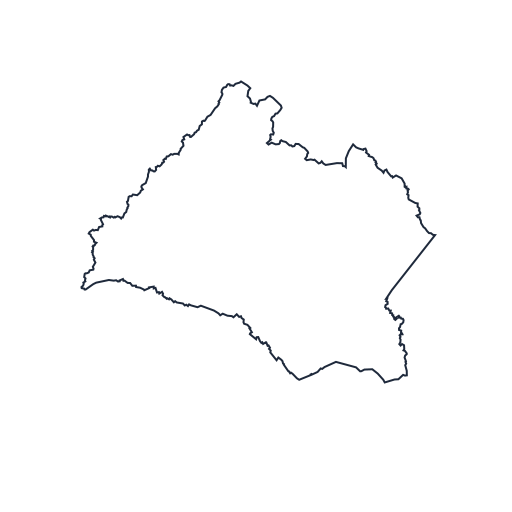 Banphot Phisai, Nakhon Sawan, Thailand (Albers equal-area conic projection), rotated 247°
{"feature_id": "78962969B36758461093431", "entity_name": "Banphot Phisai", "entity_type": "district", "adm_level": 2, "iso_a3": "THA", "parent_name": "Thailand", "parent_adm1": "Nakhon Sawan", "projection": "albers", "projection_center": [100.023, 16.015], "detail": "fine", "context": "isolated", "style": "outline", "palette": "slate", "viewbox_px": 512, "rotation_deg": 247, "n_neighbors": 0, "source": "geoboundaries", "source_scale": "gbopen_adm2", "svg_char_len": 6137}
<svg xmlns="http://www.w3.org/2000/svg" viewBox="0 0 512 512"><g transform="rotate(247 256 256)"><path d="M377.9,192.4L377.4,191.1L375.3,190.3L373.2,188.4L371.3,187.6L366.2,183.0L365.7,178.9L364.9,177.7L363.7,177.4L361.5,177.9L361.1,175.5L359.7,174.2L358.4,170.4L360.7,166.7L359.6,164.8L360.4,163.2L360.2,161.9L356.7,159.6L356.3,158.4L354.0,158.1L353.1,158.6L351.8,158.0L350.8,156.5L350.2,156.5L349.3,155.2L347.2,153.7L346.6,151.5L343.5,148.5L343.9,147.5L343.2,146.5L345.0,145.8L346.7,144.1L346.5,141.6L347.2,141.3L346.9,140.1L348.5,138.9L349.1,137.9L348.5,136.8L349.6,136.5L349.5,135.7L350.5,135.0L351.1,133.5L351.6,133.8L352.0,133.4L351.6,132.5L352.3,131.7L351.2,130.7L351.7,129.2L351.4,127.2L350.7,127.8L349.8,127.3L344.9,127.6L344.4,126.5L343.3,126.1L344.0,122.9L341.6,120.5L342.6,118.7L342.7,116.8L344.0,116.1L343.0,112.0L342.0,110.8L340.2,112.2L339.0,111.8L333.9,113.1L332.5,112.4L330.5,114.3L329.7,112.3L329.1,112.0L328.7,110.8L329.2,110.3L328.6,109.3L327.7,109.5L325.2,108.4L324.7,107.2L323.7,107.5L323.4,106.6L322.7,106.9L321.0,106.2L319.0,106.4L318.4,106.0L317.0,106.6L316.0,105.3L312.7,105.6L309.8,101.6L307.8,101.5L307.0,100.9L307.8,97.3L306.2,95.6L306.2,93.4L306.7,92.2L306.4,91.3L303.7,89.6L302.0,90.3L300.4,89.0L299.3,89.0L299.0,86.7L297.8,86.6L296.3,85.3L295.6,83.2L294.5,83.0L293.1,85.1L292.1,85.1L291.7,86.0L293.7,95.2L293.9,98.5L291.4,111.2L288.9,115.4L288.3,117.8L286.4,119.0L286.0,120.6L286.8,120.8L286.8,124.5L285.0,124.3L284.8,125.3L281.4,127.3L280.3,129.6L276.9,130.5L275.6,133.9L274.3,133.5L272.1,136.9L268.9,139.7L268.1,139.8L268.2,145.2L268.9,145.3L267.8,149.9L266.1,149.2L265.9,151.0L261.1,150.6L260.7,152.5L259.2,152.3L259.7,155.5L257.6,155.7L256.3,154.6L253.9,155.6L253.7,156.1L251.6,157.1L251.9,157.6L250.1,159.0L250.8,159.9L249.1,161.1L245.5,162.3L246.0,163.9L244.2,164.9L240.8,170.2L238.3,171.1L238.4,172.8L236.5,173.8L237.6,175.5L236.0,176.8L231.7,182.2L231.8,185.8L222.2,196.0L217.8,199.1L215.4,199.9L215.9,202.8L212.2,206.4L210.1,210.3L208.4,211.3L209.9,215.5L206.5,216.7L206.4,218.6L204.5,218.5L202.3,219.9L199.9,218.6L198.3,218.6L196.0,221.2L192.1,222.6L192.0,221.7L187.4,222.4L187.1,220.4L186.5,219.8L179.3,223.6L181.0,224.9L180.5,226.4L176.1,226.4L173.9,227.0L174.1,228.1L172.3,228.2L172.7,231.1L172.2,231.1L172.2,231.7L168.8,231.6L168.8,232.6L166.1,233.0L165.4,231.7L163.2,232.6L161.7,231.5L152.0,234.2L153.8,236.9L150.5,238.8L148.8,239.3L146.7,238.9L145.5,239.5L145.1,239.1L137.4,240.7L137.1,241.2L134.7,241.6L135.0,242.6L133.4,243.6L127.4,245.9L125.2,247.4L125.0,259.9L125.6,260.0L125.7,261.0L125.0,261.2L125.1,264.5L125.2,267.4L127.2,271.6L126.2,272.8L127.0,275.7L127.3,288.2L114.4,304.6L109.2,306.8L108.8,307.9L109.1,311.4L106.3,318.8L100.2,322.1L92.4,324.8L89.3,325.1L88.2,335.3L86.9,338.9L89.1,345.0L87.7,346.4L87.2,348.2L91.4,349.9L97.2,350.7L98.3,352.2L100.1,352.2L100.4,352.9L104.5,353.1L106.1,354.4L106.7,356.3L107.5,356.7L110.5,356.0L111.5,354.9L112.4,356.1L116.0,357.4L117.9,356.0L117.1,354.1L118.9,353.5L120.1,355.1L122.5,356.4L124.2,356.3L125.1,357.4L126.9,357.2L127.3,358.1L126.7,360.2L127.8,360.2L128.5,359.4L130.6,360.5L132.0,358.8L133.6,359.4L134.3,360.8L136.7,362.5L136.5,363.6L137.4,365.6L139.3,366.8L140.8,366.7L141.6,365.2L142.7,365.2L143.4,363.5L144.5,364.3L145.2,364.1L144.6,360.5L144.1,360.2L143.3,360.9L142.7,359.3L144.0,358.6L146.0,359.2L146.7,358.6L147.8,359.2L148.4,358.3L150.0,358.9L151.2,357.2L153.1,358.7L153.7,357.4L156.0,357.2L156.6,355.2L157.7,355.4L158.5,354.9L160.1,356.0L160.5,358.5L162.4,359.2L163.5,358.2L165.5,360.1L165.8,359.1L171.5,367.7L205.3,429.0L206.4,427.1L208.6,426.0L209.5,424.2L212.1,423.2L215.4,422.5L217.1,421.5L221.8,420.8L224.5,421.6L225.3,421.2L227.8,421.6L228.3,420.2L230.4,419.6L230.4,423.0L231.4,424.1L234.5,423.9L234.7,424.4L236.1,425.0L238.3,424.0L241.2,425.4L242.6,423.3L248.4,418.7L250.1,418.9L252.4,420.2L253.7,419.3L255.4,420.9L256.8,421.0L257.7,422.6L258.5,422.3L259.1,421.0L260.7,421.5L260.5,420.5L261.6,419.9L262.0,420.7L263.0,420.4L264.6,421.1L270.6,420.4L275.4,416.4L274.8,412.5L276.3,412.5L276.6,411.5L281.9,409.9L284.6,409.8L284.5,407.7L282.8,405.9L285.5,405.1L289.7,402.4L293.4,401.9L293.8,403.1L295.3,402.6L295.6,403.3L297.2,403.2L297.9,402.3L300.1,402.4L301.5,401.7L304.0,398.8L305.0,399.6L308.3,397.7L309.3,398.8L312.1,398.7L312.4,396.8L311.8,396.2L315.0,392.4L316.9,390.6L320.8,389.0L316.3,382.4L310.8,376.9L302.8,373.4L303.9,372.9L304.8,371.2L307.7,371.6L309.9,366.7L312.6,355.7L314.9,354.1L317.5,353.5L316.6,351.7L316.7,349.9L321.8,347.5L321.8,346.6L323.5,344.1L324.4,340.1L326.3,339.2L327.8,341.8L329.8,343.0L330.5,344.3L332.0,344.4L336.7,342.7L337.8,341.5L342.4,339.0L343.7,336.3L342.2,334.2L342.6,332.3L344.1,331.7L344.7,330.1L349.3,328.0L351.5,325.1L352.7,324.5L352.4,323.3L350.6,322.0L350.1,320.8L351.1,317.7L354.2,314.7L353.7,311.1L355.7,310.2L357.3,315.1L358.0,314.6L359.9,316.0L361.8,316.3L362.2,317.3L361.1,319.3L362.5,320.5L364.7,320.3L367.0,321.0L368.2,322.2L372.2,324.0L373.5,323.9L375.2,323.0L376.6,323.9L377.7,325.4L377.7,327.3L379.4,329.6L378.9,331.4L380.9,335.4L382.4,337.5L384.8,337.7L395.0,333.4L397.9,331.4L398.0,328.8L396.6,325.6L397.8,319.9L393.9,315.6L396.5,315.0L396.9,313.2L399.2,311.0L400.0,311.6L403.3,312.0L406.4,310.6L411.0,313.4L412.7,316.3L416.3,314.7L422.5,310.4L422.0,308.6L422.5,304.4L421.4,301.7L422.7,300.1L423.0,298.8L424.4,298.8L425.1,297.5L424.8,296.4L423.3,294.5L423.7,291.9L422.3,289.6L420.2,288.2L418.8,288.5L417.7,288.1L413.7,283.4L413.0,281.9L411.6,282.2L410.8,281.0L410.2,281.0L408.8,278.8L408.0,276.1L403.6,269.3L403.2,265.7L400.5,261.9L400.5,261.1L401.1,260.5L400.9,258.8L398.3,257.6L397.7,255.0L394.6,252.6L394.4,250.7L393.4,249.2L393.5,247.7L392.3,246.6L391.0,242.6L391.3,241.9L393.3,242.0L393.6,240.9L394.8,240.0L393.9,235.7L391.4,235.5L391.5,233.6L390.4,232.4L388.9,233.1L385.8,232.3L384.1,228.5L383.2,228.2L381.2,225.3L379.7,224.5L380.7,223.6L382.0,220.6L381.8,218.9L383.0,217.5L382.0,214.3L382.5,212.7L380.6,210.9L381.2,210.2L380.5,208.2L378.7,208.2L378.2,207.1L378.5,206.1L377.2,205.0L376.2,202.3L377.4,200.9L376.8,199.7L377.0,198.5L374.3,197.7L373.4,195.8L374.0,194.7L375.2,194.1L375.8,192.8L377.9,192.4Z" fill="none" stroke="#1e293b" stroke-width="2"/></g></svg>